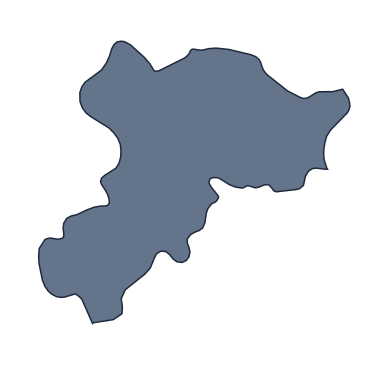 SVG path tracing the border of Lạng Sơn, rotated 100°
{"feature_id": "VNM-454", "entity_name": "Lạng Sơn", "entity_type": "Province", "adm_level": 1, "iso_a3": "VNM", "parent_name": "Vietnam", "parent_adm1": "", "projection": "orthographic", "projection_center": [106.647, 21.903], "detail": "fine", "context": "isolated", "style": "filled", "palette": "slate", "viewbox_px": 384, "rotation_deg": 100, "n_neighbors": 0, "source": "natural_earth", "source_scale": "10m", "svg_char_len": 2218}
<svg xmlns="http://www.w3.org/2000/svg" viewBox="0 0 384 384"><g transform="rotate(100 192 192)"><path d="M146.0,62.5L146.4,64.1L146.9,73.6L148.1,77.6L151.4,81.0L156.7,83.0L166.2,83.4L170.2,86.9L171.6,90.2L177.2,109.2L176.6,111.8L174.5,113.8L171.6,117.6L172.2,121.4L173.8,124.3L175.5,126.9L176.8,129.9L176.8,131.8L176.1,136.0L176.2,138.1L176.8,139.5L178.9,142.0L179.4,143.1L179.6,150.0L178.4,156.0L173.6,168.2L173.6,170.4L174.0,172.9L174.8,175.1L176.2,176.7L180.0,176.9L183.6,174.1L191.5,165.3L193.0,164.9L196.3,166.1L197.7,167.1L199.6,169.8L200.8,170.9L205.7,173.5L209.9,174.2L219.9,173.9L225.7,175.3L228.6,178.1L230.7,181.7L233.9,185.8L239.1,188.5L243.3,187.7L247.1,185.4L251.3,183.6L256.3,183.7L260.5,185.8L263.1,189.5L263.3,194.9L261.1,199.2L257.7,203.0L255.2,207.2L255.7,212.5L259.0,216.1L264.0,217.7L274.1,219.9L281.1,224.2L299.8,240.7L309.4,243.2L317.1,240.6L324.0,239.8L331.4,247.4L337.8,266.2L338.8,267.1L316.7,281.9L314.6,284.9L312.6,289.2L317.9,299.8L318.6,303.7L318.5,307.6L316.9,312.7L314.4,316.6L310.3,320.6L304.6,324.1L289.3,330.1L282.9,331.7L274.3,332.7L264.4,328.6L263.0,326.5L261.9,323.4L261.8,315.6L260.1,311.6L257.7,310.6L254.5,311.3L250.1,312.6L245.1,312.9L239.7,310.8L236.6,306.8L234.2,301.3L227.8,292.2L224.1,286.0L221.9,280.2L221.1,275.9L219.7,272.5L216.9,271.5L213.0,272.6L209.0,274.8L205.7,277.3L200.2,282.4L197.6,283.9L193.9,283.4L190.6,280.7L181.8,271.1L176.2,268.8L169.5,268.3L163.3,269.2L157.3,271.0L152.2,274.2L147.6,278.9L143.3,285.0L135.5,304.5L132.6,310.0L128.2,314.6L122.4,318.0L113.5,319.7L107.4,318.7L102.4,316.3L87.7,302.4L80.2,298.9L72.6,296.9L64.8,295.9L60.3,294.3L57.3,292.0L55.9,288.5L55.6,284.6L57.8,278.1L67.6,262.5L73.1,255.7L79.0,250.6L79.4,248.6L78.6,246.0L61.3,222.5L58.1,219.9L55.3,218.5L53.3,218.2L51.8,217.3L51.0,215.6L51.0,210.0L50.6,206.8L47.8,200.1L46.1,193.3L45.2,180.3L46.6,157.7L47.6,152.8L49.9,149.0L52.3,147.0L57.2,144.4L59.6,142.7L61.8,140.5L63.7,138.0L75.8,115.6L80.0,102.2L80.5,99.0L80.1,96.4L78.7,93.8L72.7,87.1L71.1,83.8L68.8,70.9L64.6,61.5L72.4,54.2L76.0,52.6L80.2,51.3L83.6,51.6L86.9,52.7L106.9,66.3L113.8,69.1L120.5,69.7L126.9,69.6L132.3,68.8L137.3,67.5L145.2,63.3L146.0,62.5L146.0,62.5Z" fill="#64748b" stroke="#1e293b" stroke-width="1.5"/></g></svg>